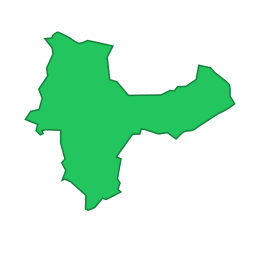 outline of Dojran, Dojran, North Macedonia, rotated 277°
{"feature_id": "65306769B30499724495111", "entity_name": "Dojran", "entity_type": "district", "adm_level": 2, "iso_a3": "MKD", "parent_name": "North Macedonia", "parent_adm1": "Dojran", "projection": "albers", "projection_center": [22.692, 41.225], "detail": "fine", "context": "isolated", "style": "filled", "palette": "green", "viewbox_px": 256, "rotation_deg": 277, "n_neighbors": 0, "source": "geoboundaries", "source_scale": "gbopen_adm2", "svg_char_len": 1260}
<svg xmlns="http://www.w3.org/2000/svg" viewBox="0 0 256 256"><g transform="rotate(277 128 128)"><path d="M123.0,177.0L125.7,179.1L130.6,183.1L132.0,186.0L133.4,192.0L134.5,193.8L139.3,199.0L142.5,203.1L148.8,210.4L153.3,215.8L155.0,218.6L156.7,221.2L159.4,224.7L162.3,228.2L165.0,230.9L172.1,225.4L176.0,225.0L179.7,224.4L182.1,223.7L183.4,223.0L183.9,222.6L186.6,219.1L193.6,207.3L197.8,202.6L198.9,190.6L184.4,189.8L176.4,180.5L175.0,172.3L170.4,169.4L170.4,165.3L164.8,156.7L160.4,124.4L172.6,111.2L173.7,103.9L195.8,98.7L207.5,103.0L209.4,83.6L209.9,77.3L209.6,76.8L207.1,72.4L205.8,68.8L207.5,64.5L210.4,58.9L212.0,55.0L214.5,47.3L214.3,46.1L214.0,45.4L212.5,43.7L211.4,42.7L210.7,42.2L208.9,41.6L208.2,41.4L207.8,40.4L206.5,34.6L198.2,43.0L192.4,44.6L177.6,40.0L169.9,41.9L155.7,34.7L147.1,39.2L135.5,37.5L132.7,29.4L124.0,25.1L120.6,37.9L114.2,37.1L110.5,41.8L112.1,44.4L114.7,42.8L116.3,46.6L117.6,61.5L105.1,62.9L89.6,69.3L85.5,66.4L78.3,71.5L68.1,69.0L69.6,71.4L67.6,77.8L56.0,94.4L42.5,95.7L41.5,98.4L45.0,104.7L55.2,111.2L54.4,115.0L63.7,128.7L65.6,125.4L72.5,126.8L76.2,123.7L96.5,124.8L97.9,120.0L122.3,133.2L123.4,140.4L128.4,141.3L128.6,144.8L125.8,159.1L128.2,167.7L123.0,177.0Z" fill="#22c55e" stroke="#15803d" stroke-width="1.5"/></g></svg>